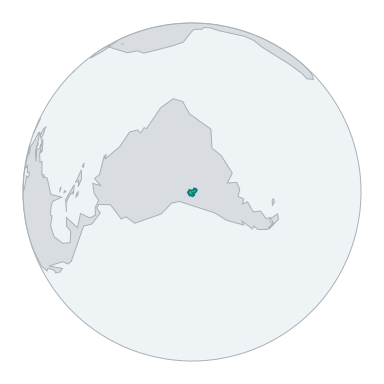 globe centered on Jujuy, rotated 285°
{"feature_id": "ARG-1301", "entity_name": "Jujuy", "entity_type": "Province", "adm_level": 1, "iso_a3": "ARG", "parent_name": "Argentina", "parent_adm1": "", "projection": "orthographic", "projection_center": [-65.702, -23.2], "detail": "fine", "context": "on_globe", "style": "filled", "palette": "teal", "viewbox_px": 384, "rotation_deg": 285, "n_neighbors": 0, "source": "natural_earth", "source_scale": "10m", "svg_char_len": 5207}
<svg xmlns="http://www.w3.org/2000/svg" viewBox="0 0 384 384"><g transform="rotate(285 192 192)"><circle cx="192" cy="192" r="169" fill="#eef3f6" stroke="#a8b0b8"/><path d="M164.5,25.3L152.7,27.9L149.8,28.9L150.9,29.3L164.5,28.1L163.4,29.3L166.0,30.5L169.1,29.3L168.1,28.0L174.5,26.4L172.6,25.5L174.9,25.0L175.1,24.3L180.9,23.8L186.5,24.0L186.6,24.7L189.0,25.0L193.6,24.1L198.4,25.9L209.5,28.3L210.0,29.2L202.7,30.3L190.7,30.1L181.1,33.4L193.2,30.9L194.5,33.8L197.2,34.4L200.6,34.3L202.4,33.2L204.1,34.4L192.7,36.8L191.0,35.7L194.6,34.8L189.0,35.0L181.4,37.5L182.6,39.2L169.7,42.6L170.5,44.1L168.1,45.9L167.8,43.2L168.1,48.4L153.2,56.3L153.3,67.6L146.7,59.6L140.5,59.7L132.8,61.4L132.7,63.1L122.8,64.1L113.2,70.3L108.9,80.6L111.6,87.4L122.7,85.0L126.4,79.8L134.8,77.3L127.9,90.7L142.4,89.9L140.5,100.0L144.6,104.7L152.1,102.4L159.7,104.1L165.5,97.7L174.6,93.9L174.6,102.1L179.8,94.4L184.8,98.2L203.1,97.9L201.6,99.7L217.0,110.4L233.9,116.3L237.8,123.3L235.7,127.1L241.6,129.0L241.7,131.8L265.2,139.9L277.3,149.7L276.9,159.7L266.8,169.3L257.6,194.0L239.5,199.9L234.9,210.6L220.7,226.0L209.8,223.8L212.9,232.7L206.9,237.5L199.7,237.6L198.6,243.8L193.3,243.8L196.9,248.1L188.7,256.3L191.4,263.2L185.6,270.2L187.6,274.3L185.2,274.2L182.9,275.9L182.8,278.3L175.4,274.6L172.8,265.3L175.1,260.5L172.0,259.9L176.8,247.9L173.5,250.4L173.5,233.3L177.7,219.3L179.6,182.0L175.8,175.1L162.8,167.9L147.0,144.8L151.0,134.7L147.6,130.7L158.6,116.5L155.9,105.2L152.0,104.0L148.1,108.8L135.2,103.6L131.0,96.1L93.7,93.3L90.4,90.9L91.2,85.1L83.5,73.1L84.6,86.6L80.7,85.4L78.5,81.4L80.9,79.0L81.0,72.7L78.2,72.3L81.9,65.2L95.5,53.4L95.7,53.5L98.9,51.1L108.9,44.9L119.4,39.4L130.3,34.7L141.5,30.8L152.9,27.6L164.5,25.3ZM152.0,71.9L168.6,76.4L158.8,78.0L160.7,76.7L156.6,74.5L148.8,73.2L140.3,75.8L152.0,71.9ZM160.3,64.3L157.4,64.2L160.3,63.8L160.3,64.3ZM98.2,51.5L97.3,52.2L95.7,53.2L95.9,53.0L98.2,51.5ZM171.9,24.6L173.5,24.5L172.6,24.7L171.9,24.6ZM170.6,24.6L168.4,25.0L167.5,25.1L168.8,24.8L170.6,24.6ZM168.6,24.7L173.4,24.2L166.0,25.2L164.4,25.4L167.5,24.8L168.6,24.7ZM187.9,282.6L176.1,276.0L182.7,278.9L186.8,275.1L193.1,280.3L187.9,282.6ZM200.2,273.1L205.2,271.4L206.5,272.6L203.4,274.2L200.2,273.1ZM308.6,69.7L313.3,75.5L310.8,74.2L305.1,69.7L294.8,59.0L301.5,63.3L299.4,61.6L308.6,69.7ZM343.3,267.3L342.6,268.0L339.3,273.9L335.9,278.0L332.1,280.1L331.1,273.5L335.0,267.5L340.5,253.4L349.9,222.6L354.4,212.3L356.0,202.5L354.8,177.2L355.3,167.0L354.0,161.0L351.9,159.5L349.8,152.4L348.2,150.7L334.4,144.8L327.7,134.6L313.6,109.5L314.2,102.7L309.8,93.4L310.5,74.1L315.6,78.3L320.2,82.0L327.9,91.6L334.9,101.9L341.1,112.5L346.5,123.7L351.1,135.1L354.8,146.9L357.7,158.9L359.7,171.1L360.7,183.5L360.9,195.8L360.2,208.2L358.6,220.4L356.0,232.5L352.6,244.4L348.4,256.0L343.3,267.3ZM316.2,85.4L317.6,87.8L316.2,85.4ZM203.6,97.8L205.8,99.4L202.9,99.4L203.6,97.8ZM157.3,81.2L160.9,81.0L162.7,82.0L159.9,82.6L157.3,81.2ZM188.1,79.6L192.3,80.2L187.8,80.8L188.1,79.6ZM171.3,77.1L184.7,79.4L176.0,81.9L167.6,80.7L173.5,79.7L171.3,77.1ZM158.2,68.4L160.4,68.6L159.6,70.0L158.2,68.4ZM162.4,64.1L161.5,64.3L160.5,63.4L162.4,64.1ZM195.2,33.7L196.1,33.5L199.5,33.7L197.8,34.1L195.2,33.7ZM215.1,32.5L217.4,34.5L214.6,33.2L212.6,33.9L204.4,32.4L209.9,29.5L208.9,30.9L215.1,32.5ZM194.9,30.3L199.5,31.1L194.2,30.4L194.9,30.3ZM278.6,46.9L278.3,46.8L276.8,45.9L278.6,46.9ZM196.3,23.1L194.2,23.1L189.3,23.1L193.4,23.3L188.0,23.3L191.4,23.7L180.5,23.5L175.9,23.9L181.9,23.4L183.3,23.3L196.3,23.1ZM222.5,25.8L222.2,25.9L224.0,26.7L216.7,25.4L210.2,24.2L206.5,23.7L222.5,25.8Z" fill="#d9dde1" stroke="#a8b0b8" stroke-width="1"/><path d="M187.8,193.6L188.0,192.9L188.2,192.3L188.4,191.7L188.4,191.4L187.9,190.9L188.1,190.7L188.4,190.4L188.4,190.0L188.5,190.0L188.6,189.9L189.0,189.8L189.0,189.7L189.1,189.3L189.1,189.2L189.3,189.1L189.5,189.1L189.8,188.9L190.2,188.8L190.2,188.7L190.3,188.7L190.4,188.3L190.5,187.9L190.8,187.9L190.9,188.0L191.0,188.1L191.3,188.3L191.7,188.7L191.8,188.8L192.3,188.8L192.3,188.7L192.5,188.7L192.7,188.8L193.4,188.8L193.3,189.0L193.3,189.4L193.2,189.5L193.1,189.8L193.0,190.0L193.2,190.3L193.1,190.5L193.2,190.9L193.2,191.0L193.3,191.2L193.3,191.3L193.7,191.4L193.8,191.4L193.8,191.5L193.8,191.9L193.8,192.1L193.9,192.3L194.0,192.3L194.1,192.5L194.2,192.8L194.3,192.9L194.5,192.9L194.8,192.8L195.0,192.9L195.1,193.0L195.3,193.1L195.4,193.3L195.5,193.2L195.6,192.9L196.0,192.9L196.1,193.0L196.2,194.9L196.1,195.0L196.0,195.3L195.8,195.5L195.7,195.6L195.4,195.7L195.4,195.8L195.2,195.8L195.0,196.0L194.9,196.2L194.4,195.7L194.3,195.8L194.1,196.1L193.8,196.0L193.7,196.0L193.5,195.8L193.5,195.7L193.4,195.7L193.3,195.8L193.2,195.8L192.9,195.7L192.7,195.7L192.4,195.6L192.2,195.4L192.0,195.0L191.9,194.9L191.9,194.7L191.7,194.5L191.6,194.4L191.4,194.3L191.2,194.3L191.2,194.2L191.1,193.9L191.1,193.7L191.2,193.4L191.2,193.2L191.1,192.9L190.7,192.7L190.4,192.6L190.2,192.5L190.1,192.9L190.1,193.0L190.2,193.3L190.3,193.5L190.3,194.0L190.3,194.3L190.2,194.5L190.2,194.8L189.9,195.0L189.7,195.1L189.4,195.0L189.3,194.9L189.2,194.8L189.1,194.7L188.9,194.5L188.8,194.4L188.7,194.3L188.6,194.2L188.4,194.0L188.3,193.9L188.2,193.9L188.0,193.7L187.9,193.7L187.8,193.6Z" fill="#14b8a6" stroke="#0f766e" stroke-width="1.5"/></g></svg>